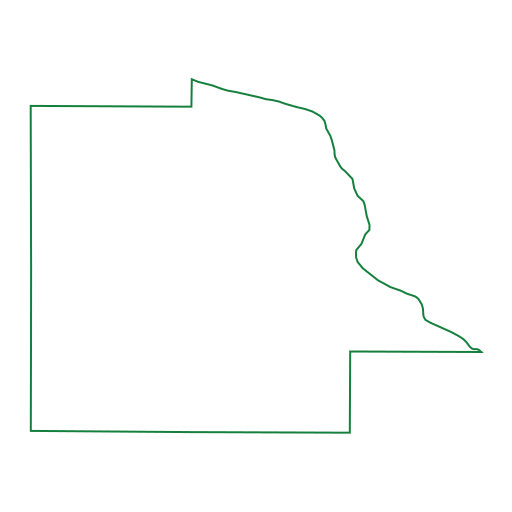 Dubuque, Iowa, United States of America
{"feature_id": "52423323B18401720745990", "entity_name": "Dubuque", "entity_type": "district", "adm_level": 2, "iso_a3": "USA", "parent_name": "United States of America", "parent_adm1": "Iowa", "projection": "orthographic", "projection_center": [-90.684, 42.485], "detail": "fine", "context": "isolated", "style": "outline", "palette": "green", "viewbox_px": 512, "rotation_deg": 0, "n_neighbors": 0, "source": "geoboundaries", "source_scale": "gbopen_adm2", "svg_char_len": 1039}
<svg xmlns="http://www.w3.org/2000/svg" viewBox="0 0 512 512"><path d="M190.2,432.1L349.8,432.7L350.2,351.5L481.3,352.0L481.1,351.8L478.9,349.9L476.9,349.1L473.9,349.2L472.1,348.6L469.9,346.8L466.2,341.9L463.2,339.0L458.6,336.0L451.3,332.1L430.3,322.7L425.5,319.9L423.8,317.0L423.4,315.4L422.9,308.4L421.8,304.4L418.5,299.0L416.6,297.4L414.7,296.2L406.9,293.7L401.3,290.9L390.4,287.1L378.0,280.3L366.7,271.4L362.7,268.2L357.7,262.1L356.1,257.4L356.0,252.2L356.4,249.9L361.4,243.9L365.3,234.3L369.4,229.9L369.5,224.8L366.8,216.4L364.6,204.6L363.4,201.2L357.6,195.8L354.2,188.4L352.5,179.0L344.9,171.0L341.9,168.6L340.3,166.5L336.1,159.0L335.1,157.0L334.6,154.3L334.4,150.1L331.7,139.7L330.3,135.8L326.2,128.5L325.6,124.8L324.4,120.8L321.9,117.6L319.9,115.8L312.4,111.5L305.0,109.0L296.4,107.0L285.0,103.7L278.8,101.5L272.5,100.1L266.0,99.2L260.0,97.5L235.6,92.0L228.0,90.7L222.1,89.0L212.2,85.4L198.3,81.9L191.8,79.3L191.4,106.7L30.7,105.9L31.1,268.0L31.0,350.3L30.8,430.9L190.2,432.1Z" fill="none" stroke="#15803d" stroke-width="2"/></svg>